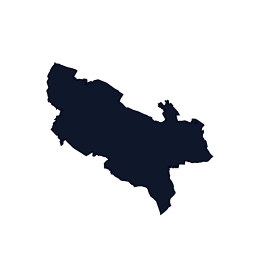 the district of Sanduleni, Bacau, Romania, rotated 62°
{"feature_id": "2599482B49550727652052", "entity_name": "Sanduleni", "entity_type": "district", "adm_level": 2, "iso_a3": "ROU", "parent_name": "Romania", "parent_adm1": "Bacau", "projection": "mercator", "projection_center": [26.744, 46.458], "detail": "fine", "context": "isolated", "style": "filled", "palette": "ink", "viewbox_px": 256, "rotation_deg": 62, "n_neighbors": 0, "source": "geoboundaries", "source_scale": "gbopen_adm2", "svg_char_len": 5828}
<svg xmlns="http://www.w3.org/2000/svg" viewBox="0 0 256 256"><g transform="rotate(62 128 128)"><path d="M65.2,185.0L67.3,185.6L67.6,185.5L68.2,184.4L70.2,183.7L70.9,183.1L71.3,183.2L71.4,183.9L71.5,184.0L72.0,183.8L72.2,183.4L72.7,183.2L73.2,182.9L73.5,182.4L74.7,182.4L75.4,181.9L77.1,181.6L77.5,181.8L77.5,180.6L80.0,179.6L80.9,178.3L81.4,177.9L81.5,178.9L83.6,181.0L84.4,181.2L84.9,181.6L84.6,182.1L84.8,182.6L85.1,183.0L85.1,184.0L84.4,185.0L84.4,185.5L85.8,186.0L86.2,188.1L86.8,187.5L87.7,187.7L88.1,188.2L88.5,189.7L89.0,189.8L89.2,189.5L89.4,189.5L90.1,190.1L89.5,190.8L89.1,190.8L88.8,191.1L88.8,191.4L89.0,191.6L89.4,191.7L89.9,191.4L91.3,193.2L91.3,193.4L91.6,193.4L92.5,194.2L93.3,196.2L100.7,194.2L101.6,192.6L102.1,192.6L103.3,193.6L103.7,193.8L103.8,193.8L103.7,193.5L103.8,193.4L104.8,193.5L107.3,192.5L108.2,194.1L111.7,194.9L111.6,193.9L111.2,193.0L109.5,192.1L108.9,191.2L108.6,190.3L108.6,188.3L111.7,187.7L116.0,186.2L118.6,185.5L120.8,184.5L128.7,179.9L128.6,179.7L130.2,179.2L132.6,177.7L132.4,177.0L132.6,176.0L132.1,170.9L132.3,170.3L132.7,170.1L134.5,170.6L135.0,170.8L135.3,171.4L135.6,171.7L136.3,171.7L136.7,171.1L136.8,170.4L136.1,168.3L137.2,167.1L138.1,166.9L138.0,166.4L139.8,164.0L141.7,162.5L141.3,162.2L141.5,161.9L143.0,160.8L146.6,159.2L147.4,160.7L147.3,162.0L148.4,165.4L151.6,166.7L151.6,167.0L152.4,167.0L152.2,166.4L152.7,165.9L153.7,165.5L153.4,165.1L156.6,163.3L157.2,163.3L157.1,163.6L158.6,162.9L159.2,163.3L159.2,163.8L160.6,163.9L161.9,162.4L163.6,162.0L165.5,161.1L166.5,160.1L167.1,160.0L168.6,158.9L170.0,158.8L171.6,157.3L172.0,156.4L175.1,152.3L176.3,152.0L177.2,151.4L177.9,151.6L178.8,150.7L179.3,151.0L179.7,150.8L180.2,149.9L180.6,149.6L182.6,149.7L183.4,147.2L183.6,146.1L184.6,144.3L185.1,142.7L186.0,142.2L188.2,139.8L189.6,139.0L190.9,138.7L195.1,139.5L197.7,139.5L198.5,139.7L202.8,137.7L203.4,137.7L205.9,136.9L216.2,138.5L218.7,139.0L219.3,139.3L219.0,137.2L218.3,133.9L217.6,131.5L216.7,130.0L216.5,129.2L216.6,128.1L216.4,127.0L216.0,126.8L214.9,127.1L214.4,126.7L213.8,126.9L213.5,126.5L212.7,126.4L212.4,126.0L210.6,125.0L210.5,124.6L210.1,124.4L209.5,123.2L208.3,119.1L207.8,118.1L207.4,117.7L207.5,117.3L207.2,117.0L206.4,116.8L205.5,116.9L205.0,117.1L204.4,116.9L204.2,117.1L203.7,116.7L202.4,116.6L200.2,115.3L199.2,115.5L199.0,115.2L198.7,115.4L198.4,115.1L196.1,114.9L195.7,115.4L195.1,115.3L194.6,115.0L192.3,115.7L191.6,115.1L190.6,115.0L190.2,114.3L189.4,113.7L188.3,113.5L187.8,113.8L187.2,113.7L186.9,113.0L185.9,113.1L185.4,112.8L185.3,112.5L184.8,112.4L184.2,111.5L183.7,111.1L181.5,110.7L181.5,110.0L181.3,109.5L181.5,109.4L182.1,109.8L182.5,109.3L182.3,108.9L182.6,108.8L182.4,108.2L182.9,107.9L183.0,107.5L183.5,107.1L184.0,107.0L184.2,106.7L183.8,105.7L184.6,105.1L184.7,104.8L184.3,104.3L184.4,104.1L185.0,104.2L185.2,104.4L185.4,104.1L185.1,103.9L185.0,103.4L185.6,103.3L185.8,102.8L186.2,102.4L183.3,100.0L186.1,95.2L183.3,93.4L184.5,91.4L185.9,90.2L186.4,89.2L187.0,88.6L188.2,88.0L188.6,87.5L189.2,85.4L191.0,82.4L191.4,80.7L192.2,79.1L192.3,77.3L193.8,74.9L194.4,73.5L194.5,73.1L193.0,68.4L192.7,66.9L191.1,67.6L188.5,68.2L187.0,68.1L183.5,68.5L181.5,68.4L181.7,68.2L181.7,67.6L181.4,67.0L176.3,65.7L175.6,65.8L175.4,66.6L175.1,66.8L173.8,66.9L173.7,66.5L172.6,66.4L172.6,67.0L171.6,67.3L169.6,66.1L168.5,65.7L168.0,64.8L167.4,64.3L167.5,63.9L166.0,63.0L165.7,63.0L165.9,64.0L165.6,64.6L165.1,65.0L164.0,64.5L163.0,63.5L162.4,63.3L161.5,61.3L161.1,59.9L160.6,59.8L154.0,63.3L154.8,63.9L155.1,64.6L155.2,65.4L155.0,66.2L155.6,66.7L155.4,66.8L154.9,66.2L155.1,65.7L155.0,64.6L154.4,63.6L153.9,63.4L152.1,64.5L150.6,67.0L152.5,68.3L152.3,68.9L153.2,69.5L153.2,70.0L152.6,71.1L149.2,73.9L148.3,75.1L148.0,76.4L147.2,78.3L146.4,79.6L145.7,81.4L141.9,80.7L138.8,79.7L140.1,76.8L136.7,77.0L129.7,78.9L129.1,78.2L127.7,78.7L127.1,78.6L126.6,79.0L127.1,79.3L127.1,79.6L126.8,80.3L125.1,81.0L124.7,80.5L124.3,80.6L124.0,80.4L124.0,80.7L123.7,80.8L123.2,79.9L122.7,79.9L122.5,80.1L122.9,80.4L123.3,81.4L123.6,81.3L123.7,81.5L121.9,81.8L121.9,82.3L123.2,82.1L123.9,82.3L125.7,84.3L125.7,85.7L125.4,86.2L121.2,87.1L121.4,87.7L121.2,89.7L123.3,90.1L123.2,90.7L123.3,90.7L123.6,90.2L124.2,90.2L124.8,89.3L125.9,88.8L126.4,88.9L126.9,88.2L127.7,88.0L128.0,87.3L128.7,87.3L128.6,87.5L129.0,87.6L129.1,87.2L129.3,87.3L129.6,88.0L130.0,87.5L130.4,87.4L130.9,87.8L131.1,88.2L131.4,89.9L131.8,90.0L131.8,90.4L131.9,90.5L137.7,90.2L137.8,90.6L138.0,90.6L138.7,90.2L138.9,90.3L139.4,95.0L139.3,96.1L138.2,97.7L136.7,98.6L136.1,99.7L135.1,100.2L134.6,102.0L130.9,103.1L130.1,102.5L129.4,103.2L128.9,103.4L128.7,103.5L128.6,104.1L128.2,104.5L126.0,105.6L124.4,107.2L118.5,111.7L115.2,115.1L110.3,118.8L110.1,120.1L108.7,120.8L103.9,122.1L101.6,123.2L100.2,123.8L99.5,122.6L99.2,122.8L96.0,117.1L91.5,119.6L90.8,119.4L87.4,121.7L78.4,126.2L71.5,132.0L71.2,133.7L70.6,135.7L70.7,136.4L71.3,138.0L69.9,138.9L69.6,139.7L69.7,140.9L69.4,142.1L70.5,142.6L69.7,144.6L68.8,143.7L67.1,142.4L66.1,142.0L65.6,142.1L64.3,144.2L64.7,144.3L65.0,144.8L64.9,145.3L64.2,145.7L62.3,148.4L62.2,148.9L62.4,149.1L62.2,149.4L61.9,149.3L61.7,149.8L61.5,149.7L62.2,150.7L62.0,150.9L61.2,150.9L59.9,151.5L59.7,151.8L59.7,151.5L59.2,151.9L59.1,151.3L58.5,151.8L57.7,151.9L57.6,152.2L57.0,152.2L53.5,146.5L52.1,147.2L51.2,148.1L50.8,148.8L49.9,149.2L49.7,149.7L47.8,151.6L47.2,152.5L45.2,154.4L45.5,154.6L45.3,154.7L44.1,155.3L43.7,155.9L42.5,156.6L41.7,157.6L40.6,158.3L40.6,158.5L39.6,158.9L39.1,159.9L39.0,160.8L38.5,160.8L38.7,161.1L38.4,161.2L37.9,161.7L36.7,162.1L37.9,163.3L38.6,165.6L40.2,168.3L40.9,169.2L41.7,169.7L42.9,172.0L44.8,174.4L46.4,174.5L47.2,174.2L47.7,174.8L48.9,177.0L49.2,177.4L50.2,177.8L54.8,178.6L55.8,179.3L56.8,181.1L56.8,181.7L57.3,182.0L58.2,182.3L58.8,182.2L62.9,183.4L64.1,183.3L65.2,185.0Z" fill="#0f172a" stroke="#020617" stroke-width="1.5"/></g></svg>